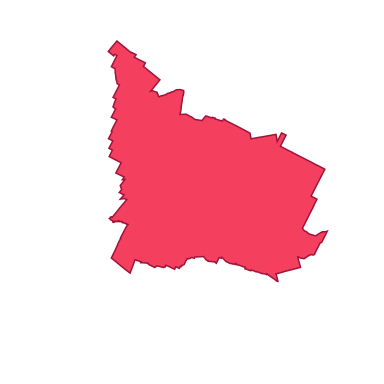 the district of Río Segundo, Córdoba, Argentina, rotated 207°
{"feature_id": "61730980B13530253245747", "entity_name": "Río Segundo", "entity_type": "district", "adm_level": 2, "iso_a3": "ARG", "parent_name": "Argentina", "parent_adm1": "Córdoba", "projection": "albers", "projection_center": [-63.428, -31.688], "detail": "fine", "context": "isolated", "style": "filled", "palette": "rose", "viewbox_px": 384, "rotation_deg": 207, "n_neighbors": 0, "source": "geoboundaries", "source_scale": "gbopen_adm2", "svg_char_len": 5844}
<svg xmlns="http://www.w3.org/2000/svg" viewBox="0 0 384 384"><g transform="rotate(207 192 192)"><path d="M233.7,96.5L227.6,95.2L221.5,93.8L215.9,92.6L210.3,91.6L210.5,92.9L211.1,98.6L212.0,105.7L210.2,105.9L210.2,106.1L206.5,106.5L205.7,106.7L205.6,105.7L203.0,106.9L199.1,108.5L199.1,108.2L197.2,107.8L196.7,107.7L194.0,107.8L191.3,107.8L191.0,107.8L191.0,108.1L190.4,108.5L190.2,109.3L190.2,109.6L189.9,110.2L188.3,110.6L182.8,111.9L182.7,113.1L181.8,113.2L181.9,115.0L172.4,115.3L172.4,118.1L168.6,118.2L168.6,120.6L167.7,120.6L167.7,121.6L167.4,121.8L167.0,122.8L166.1,123.6L166.2,130.0L165.9,130.1L165.6,130.4L165.3,130.4L164.8,131.0L164.4,131.2L163.4,132.1L162.9,133.3L159.8,134.1L159.9,135.4L152.2,139.8L151.7,139.4L148.7,138.0L148.6,137.9L145.9,138.0L145.9,137.7L144.0,138.5L140.2,139.9L140.2,140.1L138.0,139.5L138.0,141.8L138.0,144.6L138.1,145.9L136.8,146.1L136.6,146.2L136.5,146.3L135.8,146.3L135.7,147.4L133.4,146.6L130.3,145.5L125.5,145.6L124.3,146.1L124.2,146.2L122.3,146.5L121.4,147.2L121.2,147.4L120.3,148.1L120.3,147.2L117.6,147.9L117.4,148.1L113.7,148.6L113.0,148.5L112.1,148.7L112.0,148.9L110.2,149.2L110.0,147.6L107.6,148.0L103.8,148.5L103.9,149.4L101.8,149.7L100.0,149.9L98.5,149.9L98.1,150.5L94.4,150.9L92.8,151.0L90.5,151.9L89.0,152.3L88.2,152.2L88.2,153.1L86.7,152.7L80.4,151.9L76.2,151.3L76.2,151.1L75.3,151.1L74.8,151.4L78.9,156.1L80.0,157.2L77.5,159.4L74.1,162.5L73.0,163.6L68.2,167.8L61.1,174.1L66.8,180.4L68.4,182.3L67.9,182.4L67.1,182.4L66.2,182.3L65.9,182.3L65.0,182.5L64.7,182.6L62.7,183.1L62.2,183.4L61.7,183.6L61.5,183.8L61.3,184.3L61.0,184.7L60.9,185.1L61.0,185.3L60.9,185.5L60.6,185.7L60.5,185.8L60.4,186.1L59.9,186.8L59.8,187.4L59.2,187.9L59.0,188.4L58.5,188.9L58.2,189.8L58.1,190.0L56.3,190.5L55.8,190.7L55.3,191.0L55.0,191.3L54.9,191.6L54.7,191.9L54.5,192.0L54.7,194.3L54.7,200.3L54.7,204.7L54.0,205.5L53.6,205.8L53.6,210.0L53.6,214.8L53.7,218.5L54.8,217.3L55.4,217.0L55.8,216.8L57.0,216.2L58.2,215.3L59.0,214.0L60.9,211.0L61.7,209.3L62.3,208.9L65.0,208.5L66.1,208.2L68.1,207.9L69.2,207.8L71.1,208.4L72.1,208.6L73.7,208.5L74.2,208.5L77.1,209.6L77.2,225.5L77.2,228.6L77.2,232.9L77.2,235.1L77.4,235.1L77.4,242.3L80.1,242.4L84.0,242.3L84.0,244.4L84.0,246.5L84.0,249.2L84.0,256.7L84.0,259.4L84.0,261.8L84.0,272.6L90.3,272.7L94.8,272.6L97.1,272.7L101.9,272.7L132.1,272.8L134.0,272.8L134.0,285.4L139.0,285.3L139.0,275.6L143.3,281.5L154.8,272.8L157.3,271.0L163.6,266.2L167.0,270.8L177.8,271.0L195.0,271.0L195.1,271.5L196.8,271.5L197.4,268.9L204.8,267.6L204.9,268.3L207.7,267.8L207.7,267.1L214.2,266.1L214.9,263.6L215.3,261.6L215.5,260.2L222.2,258.0L224.5,258.3L226.4,258.7L228.8,258.5L231.7,258.7L232.7,258.6L235.8,256.8L237.9,255.6L238.9,259.6L240.9,264.7L240.9,265.0L241.4,266.0L241.4,266.5L241.6,267.2L242.0,268.0L242.1,268.5L242.4,269.5L242.9,270.4L243.0,270.9L243.3,271.9L243.3,272.1L243.6,273.4L243.6,273.9L243.7,274.1L243.8,274.3L243.8,274.6L244.0,275.0L244.1,275.7L244.2,275.9L244.2,276.2L244.3,276.6L244.4,276.8L244.6,277.0L244.7,277.3L245.2,278.1L245.4,278.5L245.5,278.6L247.3,278.3L247.7,278.1L248.1,278.1L248.7,278.0L249.6,277.6L250.1,277.3L251.1,276.7L252.0,276.2L252.7,275.5L252.8,275.4L253.5,274.0L254.6,272.6L255.8,271.7L256.1,271.2L256.5,270.6L257.0,270.1L257.1,269.9L258.1,269.2L258.4,268.8L259.1,267.7L259.4,267.4L259.6,266.9L259.9,266.7L260.1,266.4L260.2,266.1L260.8,265.7L261.0,265.4L261.7,264.7L262.1,264.5L262.4,264.3L263.2,263.7L263.5,263.2L263.9,262.8L264.1,262.4L264.4,262.3L264.6,262.1L265.0,261.8L265.5,262.1L265.7,262.4L266.0,262.7L266.3,263.1L266.7,263.4L266.9,263.7L267.4,263.9L267.6,264.2L268.0,264.3L268.1,264.7L268.2,264.9L269.7,264.8L270.4,264.6L272.2,264.4L273.0,264.3L273.8,263.8L274.6,263.1L273.3,269.0L271.5,277.4L275.9,278.3L286.5,280.6L292.2,281.8L292.2,285.9L295.3,285.9L299.1,285.8L304.7,285.9L304.1,289.0L309.7,288.9L309.8,288.5L316.6,290.1L327.5,292.4L328.1,289.5L328.9,286.2L330.4,279.2L323.5,277.7L323.4,279.6L320.8,279.6L320.8,276.9L320.8,273.6L320.7,267.0L316.5,266.9L315.8,265.7L315.0,264.2L314.4,263.1L313.9,262.5L313.8,262.4L312.5,260.5L311.7,259.4L311.5,258.7L310.9,258.3L310.6,257.5L309.8,256.9L309.4,256.4L308.6,255.5L307.8,254.5L305.3,254.5L305.3,240.4L302.0,240.4L301.7,236.5L301.0,231.9L297.8,231.3L297.8,227.0L297.8,221.9L295.2,222.1L291.6,222.2L291.7,214.3L291.5,209.5L290.5,209.4L290.6,201.6L285.8,201.6L285.8,198.9L285.9,193.2L282.0,193.2L281.9,188.6L281.9,186.0L278.5,185.9L271.9,185.9L268.4,185.9L268.5,174.4L259.1,174.5L259.7,171.3L258.4,172.0L257.4,172.6L258.9,165.2L255.8,162.2L256.6,158.5L251.3,158.5L252.6,153.1L251.6,153.9L249.3,155.3L248.7,155.5L248.1,155.6L246.7,155.6L249.3,144.4L250.0,140.6L251.6,133.3L251.6,133.2L251.8,133.2L252.0,133.4L252.1,133.5L252.4,133.5L252.5,133.3L252.6,133.0L252.8,132.8L253.1,132.7L253.3,132.4L253.2,132.2L253.1,131.7L253.3,131.5L253.6,130.9L252.4,130.9L252.3,130.7L252.0,130.3L251.7,130.2L250.8,130.4L250.0,130.2L249.4,130.3L249.2,130.2L249.1,129.8L249.0,129.3L248.7,129.2L248.2,129.2L247.8,129.6L247.7,129.8L247.7,130.0L247.9,130.4L247.9,130.5L247.6,130.5L247.5,130.3L247.3,130.3L247.0,130.7L247.0,130.9L247.0,131.0L246.7,131.2L246.3,131.1L246.1,131.3L245.9,131.3L245.6,131.5L245.5,131.8L245.4,131.8L245.2,131.7L245.0,131.9L244.7,132.0L244.0,132.3L244.0,132.6L244.3,132.9L244.4,133.0L244.2,133.1L243.9,133.1L243.5,132.8L243.2,132.7L243.0,132.8L242.4,133.1L241.9,133.3L241.8,133.6L241.7,133.7L241.5,133.9L241.1,133.7L240.7,133.2L240.4,133.2L240.3,133.4L240.2,133.5L239.8,133.4L239.5,133.5L239.3,133.2L238.9,133.5L238.3,133.7L238.1,133.6L237.8,133.8L237.3,133.8L237.0,133.9L236.7,133.8L236.3,134.0L236.2,134.0L236.1,133.7L235.7,133.5L235.4,133.5L234.9,134.0L234.7,134.1L234.2,134.1L234.8,130.8L234.9,118.6L234.4,118.5L234.5,117.6L234.6,113.9L234.2,108.7L234.1,105.8L234.0,103.3L234.0,100.0L233.9,99.8L234.0,99.0L233.9,98.9L233.9,96.5L233.7,96.5Z" fill="#f43f5e" stroke="#9f1239" stroke-width="1.5"/></g></svg>